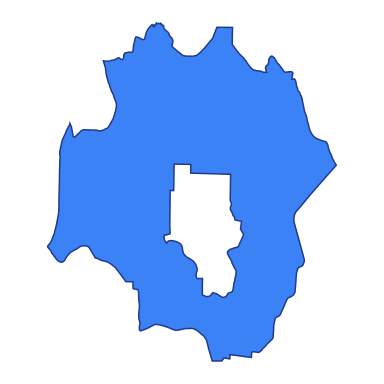 outline of Tboung Khmum, Kâmpóng Cham, Cambodia
{"feature_id": "14789045B3565316338498", "entity_name": "Tboung Khmum", "entity_type": "district", "adm_level": 2, "iso_a3": "KHM", "parent_name": "Cambodia", "parent_adm1": "Kâmpóng Cham", "projection": "equal_earth", "projection_center": [105.645, 11.969], "detail": "fine", "context": "isolated", "style": "filled", "palette": "blue", "viewbox_px": 384, "rotation_deg": 0, "n_neighbors": 0, "source": "geoboundaries", "source_scale": "gbopen_adm2", "svg_char_len": 5897}
<svg xmlns="http://www.w3.org/2000/svg" viewBox="0 0 384 384"><path d="M59.5,178.0L59.0,196.5L58.9,208.6L58.5,214.0L56.4,225.0L54.2,233.7L51.1,241.6L47.7,246.1L47.8,247.3L50.8,250.6L51.9,253.3L53.3,254.8L53.8,255.9L55.0,257.0L55.8,258.4L57.3,260.1L58.5,261.1L59.6,261.8L61.3,262.2L63.1,261.8L64.2,260.9L65.1,259.4L66.6,256.9L68.7,254.3L69.6,253.3L71.0,252.1L72.2,251.5L73.9,250.4L75.0,249.8L76.6,249.1L80.0,246.6L81.8,246.1L84.3,245.7L86.0,245.9L87.7,246.3L89.1,247.5L91.1,250.9L95.4,258.0L96.9,258.3L99.2,259.3L100.8,260.2L106.7,261.7L109.3,262.9L112.2,265.0L115.2,267.4L117.9,270.8L125.9,281.7L133.0,281.8L133.0,288.3L133.5,288.9L134.9,289.0L136.8,289.3L138.1,290.0L138.6,292.5L138.6,295.4L138.7,298.0L138.9,301.3L139.4,304.4L139.4,307.7L139.0,310.7L138.8,313.1L138.7,317.2L139.0,319.2L139.7,321.6L140.0,323.6L139.7,325.0L139.3,327.2L139.4,329.7L140.4,330.9L143.1,329.9L143.5,329.9L145.1,329.3L147.6,328.2L152.9,325.5L154.7,324.5L155.9,324.4L160.2,324.9L166.0,326.7L169.6,328.0L173.5,329.7L175.1,330.2L177.5,330.2L180.4,329.7L182.6,329.1L185.3,328.6L188.1,328.6L191.4,328.3L193.5,328.7L194.8,329.2L196.5,330.1L198.2,331.3L201.2,334.0L202.5,334.9L204.0,336.3L205.4,338.4L206.8,341.1L208.5,348.2L212.2,361.0L221.7,361.0L222.9,359.6L223.6,358.3L224.3,357.8L225.7,358.2L229.5,358.9L229.9,358.8L229.9,354.7L234.1,355.2L235.6,355.2L236.6,355.5L244.2,356.5L245.7,356.7L246.8,356.9L248.0,356.9L248.5,357.1L249.4,357.0L251.4,357.4L251.5,356.2L251.6,354.1L251.7,352.5L252.3,351.8L254.7,351.9L259.0,352.4L259.9,351.7L261.7,350.2L262.8,348.6L264.9,346.7L265.9,345.4L267.0,344.2L269.6,341.6L272.4,338.9L273.1,337.3L273.5,331.4L273.8,324.9L275.3,318.1L276.4,317.3L278.8,316.1L280.2,314.8L283.7,307.1L286.8,299.7L287.8,298.2L288.9,297.6L290.3,297.0L291.7,296.3L293.5,294.9L295.0,292.2L295.6,285.5L296.4,273.6L297.1,270.7L298.3,267.6L301.1,266.5L302.1,265.9L303.1,264.8L303.7,262.9L304.2,261.9L304.3,260.6L304.3,259.6L300.9,247.0L294.5,223.8L294.0,221.5L293.9,218.6L294.2,216.3L294.6,214.5L295.5,212.6L296.2,211.5L297.4,210.1L299.8,207.4L309.3,195.9L320.7,182.8L336.3,165.2L334.5,162.4L332.8,159.1L332.2,157.5L331.3,155.1L329.8,152.0L328.8,149.2L328.4,147.9L327.7,144.5L326.3,142.0L325.3,141.5L323.0,141.0L320.5,140.1L316.0,138.3L314.3,137.0L313.2,135.9L311.2,133.1L310.0,130.4L309.1,127.7L308.6,125.0L307.8,122.7L307.2,120.3L306.8,118.0L306.4,116.2L305.0,112.8L304.4,110.6L302.5,101.3L302.2,99.1L301.2,96.0L300.6,95.1L299.5,92.2L297.8,90.4L297.6,89.0L297.2,87.5L296.5,86.1L296.3,84.0L295.9,82.1L295.4,80.2L294.4,78.9L291.8,79.2L292.9,72.9L291.8,71.8L289.8,71.7L288.1,71.9L286.1,72.2L285.2,72.3L284.2,71.7L278.8,64.3L277.8,63.6L277.1,62.7L275.5,59.7L274.3,57.8L272.4,56.3L271.3,56.1L269.9,57.3L268.9,59.2L268.6,61.0L268.5,63.3L267.7,65.2L266.6,65.5L265.7,66.6L265.5,68.2L266.0,69.7L266.3,71.4L266.7,72.2L263.3,72.3L262.1,71.7L261.7,71.5L259.6,71.0L255.8,70.6L253.0,69.7L250.4,67.3L248.1,64.3L246.2,61.4L243.5,57.9L239.1,53.6L236.2,49.9L233.9,46.7L232.2,44.6L232.5,27.4L216.9,27.3L212.7,38.2L204.5,48.1L200.4,52.3L196.7,55.4L192.9,56.2L185.9,56.1L183.2,55.6L181.4,54.3L177.2,51.0L172.5,46.9L172.0,46.1L171.8,45.3L172.3,44.7L172.3,43.9L172.8,42.6L172.9,41.3L172.7,39.9L172.0,38.5L171.4,37.5L170.1,36.5L169.3,35.1L168.7,33.4L168.0,32.2L165.4,30.1L164.5,29.0L163.6,27.4L163.5,26.8L163.8,26.1L162.9,25.6L162.8,25.0L162.1,25.0L161.6,24.8L161.2,24.4L161.2,23.8L160.7,24.0L160.4,23.4L160.1,23.7L159.3,23.5L158.7,23.4L157.3,23.8L156.4,23.0L156.2,23.6L155.9,24.1L155.3,24.4L155.1,25.0L153.6,25.1L154.2,25.8L154.6,26.5L154.1,26.8L153.4,26.3L152.2,24.6L151.5,25.1L149.0,27.8L147.4,30.1L146.1,33.2L145.4,35.9L144.7,38.5L144.0,39.6L142.9,39.6L140.8,38.7L139.6,37.9L138.3,37.4L136.1,36.9L135.3,37.8L134.8,40.2L134.1,43.1L133.5,45.8L133.1,50.3L132.6,51.8L131.4,52.3L130.3,52.3L129.0,52.1L127.4,52.5L125.9,52.8L124.8,53.1L124.2,53.9L123.8,55.0L123.8,56.6L123.2,58.9L122.5,59.6L121.2,59.3L120.1,58.7L119.4,58.1L118.4,57.6L117.6,58.2L115.8,59.3L114.9,59.5L113.7,60.1L112.6,60.2L111.9,60.3L111.1,60.5L109.5,61.2L107.5,61.1L106.7,61.2L106.2,61.2L103.4,60.8L103.6,62.0L104.4,64.2L104.7,65.6L105.5,67.8L105.6,69.5L106.0,71.1L106.0,73.0L106.5,75.2L106.8,77.1L107.5,79.2L108.4,82.7L109.4,84.5L109.7,86.2L110.9,89.4L111.4,91.2L112.9,93.6L113.3,94.6L113.8,96.6L115.2,100.1L116.2,103.0L116.4,104.7L116.4,106.5L115.6,110.9L115.0,112.7L113.5,117.8L111.5,121.8L107.9,127.8L102.5,130.4L100.2,130.8L98.2,131.0L97.9,130.5L97.5,130.3L95.5,130.0L93.4,130.1L83.6,129.7L81.4,130.7L74.7,137.1L73.3,136.7L71.4,126.8L69.9,123.4L69.7,124.5L67.0,129.4L66.0,131.8L65.3,133.7L63.7,137.0L62.2,140.5L61.5,143.4L60.5,148.1L59.7,152.4L59.8,155.1L60.3,157.6L59.9,159.2L59.8,160.0L59.8,161.4L59.8,163.9L59.5,172.0L59.5,178.0ZM230.6,174.3L230.2,200.6L231.3,202.9L231.3,205.2L230.4,207.3L230.4,209.7L232.1,212.6L233.0,215.5L234.0,216.5L234.7,217.8L234.9,219.6L235.4,220.1L241.5,221.3L240.5,229.1L243.6,234.5L242.9,236.1L242.7,236.9L238.1,246.9L235.1,247.7L229.8,249.5L227.6,251.5L227.4,253.0L228.6,255.9L231.4,260.7L232.0,262.9L234.7,268.4L235.8,270.1L236.2,271.8L235.8,275.1L235.1,278.3L234.9,279.5L234.7,281.2L234.0,282.6L233.8,284.5L233.0,289.8L232.2,291.7L231.1,292.4L229.4,292.6L228.5,293.0L227.4,294.2L226.7,295.7L225.6,296.8L224.0,297.2L222.5,297.4L219.4,295.6L216.9,293.9L212.9,292.6L211.2,294.6L210.4,295.7L208.9,296.4L206.8,296.6L205.1,296.1L202.2,294.8L202.4,292.8L202.3,287.6L202.5,278.5L197.2,278.6L196.6,277.5L196.0,275.9L196.2,274.0L196.6,272.0L197.3,270.1L197.1,268.6L196.5,266.5L195.8,264.6L194.8,263.0L193.3,261.2L191.5,259.9L189.8,258.7L188.1,257.9L186.4,256.8L184.0,254.2L183.3,253.0L182.7,250.4L182.3,247.6L181.7,245.4L180.3,243.8L178.3,242.4L175.8,241.5L174.0,241.0L172.5,240.7L170.7,240.6L168.6,241.0L167.5,241.7L166.5,243.1L165.5,241.9L164.4,239.8L164.1,237.6L164.3,235.1L166.0,235.0L170.1,233.8L169.8,224.7L170.2,190.4L173.7,190.6L174.1,164.1L190.8,164.4L190.7,173.1L230.6,174.3Z" fill="#3b82f6" stroke="#1e3a8a" stroke-width="1.5"/></svg>